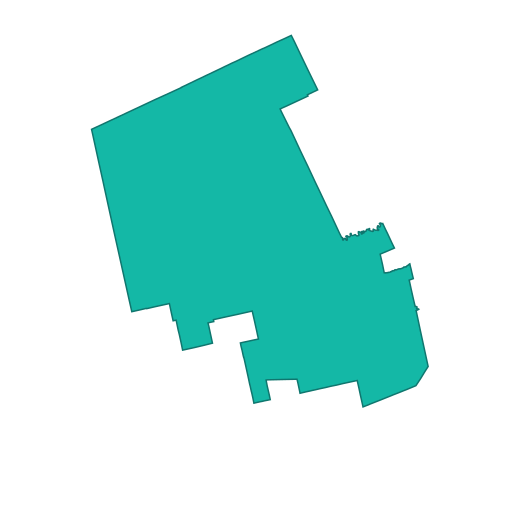 Juárez Celman, Córdoba, Argentina (Robinson projection), rotated 155°
{"feature_id": "61730980B81524529409154", "entity_name": "Juárez Celman", "entity_type": "district", "adm_level": 2, "iso_a3": "ARG", "parent_name": "Argentina", "parent_adm1": "Córdoba", "projection": "robinson", "projection_center": [-63.851, -33.267], "detail": "fine", "context": "isolated", "style": "filled", "palette": "teal", "viewbox_px": 512, "rotation_deg": 155, "n_neighbors": 0, "source": "geoboundaries", "source_scale": "gbopen_adm2", "svg_char_len": 5849}
<svg xmlns="http://www.w3.org/2000/svg" viewBox="0 0 512 512"><g transform="rotate(155 256 256)"><path d="M362.3,201.7L350.3,199.0L340.1,196.9L332.3,195.4L328.4,212.5L327.8,215.6L325.5,215.2L322.0,214.4L321.5,216.3L316.5,215.2L310.6,213.9L302.6,212.1L297.4,210.9L282.7,207.7L285.0,197.0L285.7,193.9L287.2,187.1L288.0,183.8L288.2,182.7L288.9,179.7L293.9,180.9L298.4,181.9L304.0,183.2L306.9,183.8L307.7,180.5L308.5,176.3L309.7,171.1L310.0,169.5L309.9,169.5L310.1,168.2L310.4,166.8L312.3,158.3L314.5,148.5L316.0,142.1L316.2,140.8L317.4,135.5L317.7,133.8L318.8,128.8L320.1,123.5L319.1,123.3L314.0,122.2L311.7,121.6L309.6,121.2L306.0,120.3L305.0,120.1L303.8,119.8L302.7,124.4L301.6,129.6L300.7,133.8L299.3,139.3L297.9,138.9L281.5,131.7L270.9,127.0L271.7,123.2L272.6,119.3L273.5,115.4L274.1,113.0L269.3,112.0L268.8,111.9L268.7,111.9L263.9,110.8L261.9,110.4L258.8,109.7L254.1,108.7L248.5,107.4L243.5,106.4L237.3,104.9L231.3,103.7L225.2,102.3L216.9,100.4L217.3,98.6L218.6,92.6L219.8,87.4L220.2,85.7L222.0,77.5L222.8,74.0L219.5,73.8L216.9,73.6L215.4,73.6L204.1,72.9L196.5,72.5L193.2,72.3L190.4,72.2L184.6,71.8L178.7,71.5L175.8,71.3L170.8,71.1L165.9,70.9L165.7,71.0L158.5,75.4L151.9,79.8L146.7,83.1L138.3,120.1L134.1,138.2L134.0,138.9L132.1,138.8L131.0,139.0L131.4,139.6L131.9,139.4L132.7,140.5L132.1,141.0L131.6,141.7L132.4,142.8L133.1,142.9L132.5,145.9L131.5,150.7L129.3,160.8L127.8,167.3L127.4,169.4L123.0,169.0L121.6,175.9L121.0,178.5L120.5,181.3L119.9,183.9L120.0,183.9L120.3,183.9L120.5,183.7L120.8,183.7L121.0,183.7L121.5,183.5L121.8,183.4L122.0,183.3L122.4,183.4L122.7,183.4L123.1,183.3L123.3,183.2L123.5,183.2L123.8,183.1L124.1,183.0L124.4,182.8L124.6,182.7L124.7,182.8L124.9,182.9L125.1,183.0L125.3,183.1L125.5,183.2L125.9,183.2L126.3,183.2L126.5,183.4L126.6,183.5L126.9,183.5L127.1,183.4L127.5,183.2L128.0,183.1L128.3,183.2L128.5,183.2L129.0,183.1L129.4,183.2L129.6,183.3L129.9,183.3L130.4,183.3L130.6,183.4L130.9,183.6L131.2,183.7L131.4,183.7L131.7,183.8L132.1,184.0L132.6,184.1L132.8,184.1L133.1,184.1L133.3,184.1L134.0,184.1L134.5,184.1L134.8,184.2L135.1,184.3L135.3,184.4L135.4,184.6L135.5,184.6L135.8,184.7L135.9,184.8L136.0,184.8L136.4,184.6L136.5,184.5L136.7,184.4L136.9,184.3L137.1,184.3L137.3,184.4L137.6,184.6L137.9,184.7L138.0,184.8L138.4,184.8L138.7,184.9L138.9,185.0L139.1,184.9L139.3,184.7L139.5,184.6L139.8,184.7L140.0,184.7L140.4,184.7L140.7,184.9L140.9,184.8L141.1,184.7L141.3,184.7L141.7,184.7L142.0,184.8L142.3,185.0L142.6,185.1L142.8,185.2L143.0,185.1L143.5,185.3L143.6,185.2L144.0,185.3L144.2,185.5L145.0,185.7L145.3,185.8L145.5,185.8L145.6,186.0L145.8,186.1L146.1,186.1L146.7,186.5L146.9,186.6L145.0,194.5L142.7,205.2L127.2,204.7L127.3,210.5L127.3,221.2L127.4,225.1L127.4,228.4L127.4,231.8L127.7,231.7L128.1,231.8L128.4,232.1L128.5,232.5L128.7,232.8L129.0,233.1L129.5,233.4L130.1,233.4L130.5,233.2L130.5,232.8L130.1,232.3L130.2,231.8L130.4,231.2L130.6,230.6L131.0,230.2L131.4,230.0L131.9,230.0L132.2,230.2L132.4,230.7L132.4,231.2L132.3,231.5L132.5,231.8L132.8,231.9L133.2,231.7L133.5,231.3L134.1,230.6L134.4,229.8L134.4,229.2L134.2,228.8L133.9,228.6L133.7,228.3L133.7,227.9L133.9,227.6L134.3,227.5L134.7,227.6L134.9,228.0L135.6,228.4L136.0,228.5L136.6,228.7L137.0,229.1L137.4,229.6L137.8,229.9L138.0,230.3L138.2,230.6L138.4,230.7L138.6,230.5L138.7,230.3L139.0,229.9L139.2,229.0L139.6,228.9L140.0,229.0L140.3,229.2L140.6,229.5L141.0,229.9L141.7,230.4L142.0,230.7L142.1,231.3L142.0,231.8L141.6,232.4L141.5,232.7L141.7,233.0L142.1,233.0L142.5,232.7L142.6,232.4L142.8,232.2L143.0,232.1L143.2,232.3L143.3,232.6L143.6,233.1L144.0,233.3L144.5,233.2L145.0,232.9L145.3,232.6L145.5,232.3L145.8,232.1L146.1,232.0L146.5,232.1L147.0,232.1L147.3,232.3L147.4,232.5L147.6,232.9L148.0,233.2L148.2,233.3L148.5,233.2L148.5,232.6L148.1,232.2L148.1,231.6L148.4,231.4L148.6,231.3L148.9,231.4L149.1,231.7L149.1,232.1L149.1,232.3L149.1,232.7L149.3,233.2L149.9,233.5L150.4,233.3L150.5,232.9L150.0,231.9L149.9,231.4L150.4,231.2L150.9,231.2L151.1,231.4L150.9,232.3L150.9,232.7L150.9,233.0L151.1,233.3L151.5,233.6L151.9,233.9L152.2,234.2L152.4,234.6L152.7,234.7L153.1,234.6L153.3,234.1L153.3,233.5L153.8,232.9L153.7,231.7L153.9,231.3L154.3,231.1L154.7,231.2L155.2,231.3L155.8,231.4L156.4,231.9L156.6,232.5L156.8,233.0L156.9,233.3L157.4,233.5L158.2,233.5L159.5,233.6L160.3,233.9L160.8,234.4L160.7,235.0L160.3,236.2L160.6,236.4L161.0,236.5L161.5,235.9L161.6,235.6L161.7,234.9L162.2,234.1L162.7,233.8L163.2,233.8L163.6,234.0L164.1,234.5L164.3,235.0L164.6,235.5L165.1,235.9L165.9,236.0L166.2,235.9L166.3,235.7L166.3,235.4L166.1,235.0L165.7,234.7L165.6,234.3L165.7,233.9L165.9,233.6L166.1,233.3L166.3,232.3L166.6,232.0L166.9,231.8L167.4,232.1L167.6,232.7L167.5,233.3L167.5,233.8L167.9,234.3L168.4,234.5L168.6,234.5L170.0,233.6L170.3,233.6L170.6,234.0L170.6,234.3L170.4,234.5L170.2,234.8L169.9,235.4L169.9,236.1L170.2,236.5L170.6,236.6L170.6,238.5L170.7,241.4L170.7,246.2L170.7,259.9L170.9,271.9L171.0,290.4L171.1,298.0L171.1,315.6L171.2,322.5L171.3,332.5L171.3,340.5L171.3,349.4L171.3,354.4L171.4,356.6L171.5,357.0L171.6,359.3L171.8,367.1L171.9,371.0L172.0,375.9L172.0,379.1L159.8,379.0L154.5,379.0L147.5,379.0L141.3,379.0L141.3,380.4L129.9,380.5L130.3,402.5L130.5,420.4L130.6,434.1L130.8,441.0L139.4,441.0L146.6,441.1L154.3,441.0L161.4,441.0L161.9,441.1L178.8,441.1L184.9,441.0L192.0,440.9L196.6,441.0L200.4,440.9L204.3,440.9L208.3,440.8L223.5,440.7L231.1,440.6L234.9,440.6L241.9,440.5L252.3,440.4L252.3,440.2L255.9,440.2L272.1,440.3L280.1,440.4L333.9,440.3L351.5,440.3L352.6,435.3L359.3,405.5L363.3,387.5L364.4,382.7L365.3,378.7L368.3,365.4L375.2,334.6L379.5,315.1L379.9,313.3L389.4,270.4L392.1,258.0L383.4,256.1L377.6,254.9L377.4,254.5L368.9,252.7L354.6,249.5L354.8,248.6L356.8,240.0L358.5,232.3L355.5,231.6L356.0,229.4L356.5,227.4L357.8,221.9L358.7,217.2L360.6,208.8L361.5,205.0L362.3,201.7Z" fill="#14b8a6" stroke="#0f766e" stroke-width="1.5"/></g></svg>